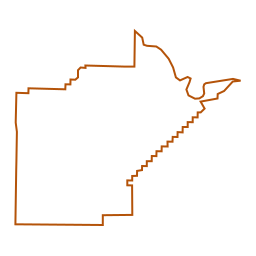 outline of Yell, Arkansas, United States of America
{"feature_id": "52423323B40495316477899", "entity_name": "Yell", "entity_type": "district", "adm_level": 2, "iso_a3": "USA", "parent_name": "United States of America", "parent_adm1": "Arkansas", "projection": "mercator", "projection_center": [-93.238, 35.03], "detail": "fine", "context": "isolated", "style": "outline", "palette": "amber", "viewbox_px": 256, "rotation_deg": 0, "n_neighbors": 0, "source": "geoboundaries", "source_scale": "gbopen_adm2", "svg_char_len": 1098}
<svg xmlns="http://www.w3.org/2000/svg" viewBox="0 0 256 256"><path d="M132.3,214.9L132.1,185.4L127.3,185.3L127.3,180.4L132.2,180.5L132.2,176.0L137.0,175.8L137.1,170.9L142.0,170.1L142.1,166.0L146.8,166.1L146.8,161.2L151.7,161.2L151.8,156.0L156.4,156.1L156.5,151.2L161.6,151.3L161.7,146.4L167.6,146.5L167.5,141.6L172.5,141.7L172.7,136.9L177.5,137.0L177.6,132.1L182.6,132.4L182.7,127.0L187.7,127.0L187.7,122.1L192.7,122.2L192.7,117.3L197.6,117.4L197.7,112.4L200.7,112.4L204.6,108.6L200.6,101.6L217.5,98.5L217.7,94.0L224.1,91.0L232.8,81.5L240.6,80.7L233.0,78.9L205.9,83.2L204.2,84.4L203.5,86.9L204.2,93.5L202.9,96.2L199.3,98.4L195.0,98.7L188.5,95.4L186.4,89.5L189.5,82.2L190.6,78.5L187.6,77.0L180.0,80.4L175.9,77.4L173.1,67.5L168.7,58.8L161.1,49.7L156.3,46.5L147.0,45.8L143.7,44.7L142.2,37.6L134.9,31.0L134.4,66.6L124.6,66.6L85.4,65.5L85.5,67.9L80.6,67.5L78.0,70.2L78.0,77.4L75.3,79.7L70.5,79.5L70.4,84.4L65.5,84.3L65.3,89.3L28.5,88.3L28.4,93.2L16.4,92.8L15.7,122.6L16.9,131.8L16.4,161.4L16.2,170.5L15.4,224.3L102.8,225.0L102.8,215.2L132.3,214.9Z" fill="none" stroke="#b45309" stroke-width="2"/></svg>